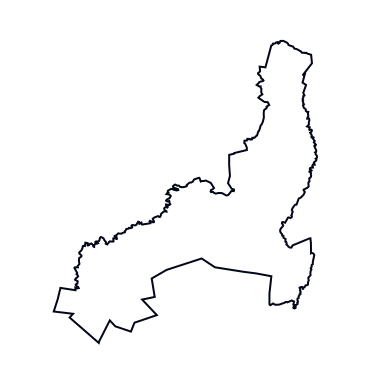 the district of El Tule, Chihuahua, Mexico, rotated 95°
{"feature_id": "50627088B96078514401884", "entity_name": "El Tule", "entity_type": "district", "adm_level": 2, "iso_a3": "MEX", "parent_name": "Mexico", "parent_adm1": "Chihuahua", "projection": "orthographic", "projection_center": [-106.33, 27.016], "detail": "fine", "context": "isolated", "style": "outline", "palette": "ink", "viewbox_px": 384, "rotation_deg": 95, "n_neighbors": 0, "source": "geoboundaries", "source_scale": "gbopen_adm2", "svg_char_len": 5900}
<svg xmlns="http://www.w3.org/2000/svg" viewBox="0 0 384 384"><g transform="rotate(95 192 192)"><path d="M323.1,319.3L323.7,299.9L327.7,303.0L350.5,271.7L348.7,271.4L327.1,262.7L332.5,256.7L336.4,240.7L327.2,237.9L317.7,216.3L303.5,232.3L299.8,220.0L281.7,224.6L271.8,210.5L257.4,176.6L265.0,162.6L267.0,133.8L267.5,121.2L269.0,105.6L286.3,106.0L296.8,105.1L297.6,104.7L297.9,104.0L296.0,101.5L297.1,99.4L296.6,95.3L294.1,89.8L293.4,89.2L293.3,88.2L293.6,87.3L291.4,83.2L292.2,80.8L295.5,81.2L296.0,80.7L295.7,79.7L296.3,79.5L298.1,81.0L298.8,80.7L299.1,79.7L298.3,78.7L296.9,78.9L295.5,78.4L294.2,77.0L293.2,77.5L292.1,76.8L290.4,77.6L289.1,77.6L288.3,76.5L286.6,76.7L285.4,75.9L284.5,75.9L284.0,75.0L283.1,75.4L282.2,75.0L280.8,75.8L280.2,75.5L278.0,76.5L277.5,76.0L277.0,74.2L278.8,73.2L278.7,72.8L277.3,72.6L277.0,71.6L275.1,70.7L274.7,68.9L274.1,68.4L272.0,68.6L269.9,68.0L267.4,68.7L264.4,66.6L263.0,67.0L260.2,66.9L258.7,66.3L257.7,67.1L256.4,66.3L254.5,66.5L253.3,65.3L251.6,65.6L244.2,64.7L243.4,65.1L242.4,66.4L242.2,67.6L242.6,68.1L232.4,69.1L227.8,70.0L228.1,71.1L236.4,87.1L238.7,88.1L238.8,89.8L237.9,91.4L236.9,92.1L236.0,93.4L235.1,93.2L233.5,93.8L233.3,94.7L230.7,94.7L229.6,96.9L227.8,97.1L227.6,98.3L226.2,98.6L224.7,100.2L222.8,100.9L221.0,100.5L217.8,98.3L217.2,98.3L215.3,99.7L214.3,99.6L214.0,98.4L214.5,96.6L209.1,94.1L208.9,93.0L209.4,91.7L208.3,90.4L207.4,90.4L206.6,91.0L206.3,90.7L204.1,90.4L203.0,89.9L201.3,91.0L199.5,90.5L196.2,88.6L195.6,87.9L195.5,86.8L189.2,85.1L188.1,83.1L185.0,80.6L182.1,79.6L180.5,81.0L179.9,81.0L177.7,77.4L176.4,76.3L172.4,76.9L171.2,75.9L168.3,76.4L166.7,74.9L165.6,74.7L163.9,75.2L162.9,75.0L162.2,75.5L161.8,76.7L161.3,76.8L160.8,75.3L160.2,74.7L159.8,75.0L159.3,76.4L158.5,76.7L157.7,76.3L157.1,73.6L156.3,73.8L155.8,74.4L155.1,74.4L154.1,73.8L154.1,72.2L153.2,72.6L153.1,73.2L152.6,73.2L151.2,72.7L150.8,71.8L149.5,70.9L148.7,70.9L148.1,71.7L147.2,70.7L146.2,70.5L144.8,70.9L143.7,72.1L142.3,72.3L141.8,72.8L141.3,71.9L140.0,71.8L135.4,74.2L134.8,73.8L134.8,72.9L134.1,72.7L131.8,75.0L130.5,74.2L128.4,76.1L127.1,75.6L126.8,76.2L127.2,77.6L126.5,77.9L125.0,77.6L122.6,79.5L121.6,78.2L120.1,77.9L119.5,78.7L120.0,80.4L119.3,80.7L117.2,80.4L116.7,83.1L114.6,81.4L112.5,81.7L110.1,81.3L108.6,81.9L108.9,83.6L107.7,83.5L106.1,82.7L103.9,83.4L102.1,83.2L102.3,84.2L101.2,85.7L99.7,85.9L98.3,88.0L96.2,88.9L94.9,88.1L94.5,88.9L93.7,88.8L91.7,89.7L91.1,89.2L89.7,90.0L88.3,89.3L86.9,89.6L86.1,88.4L83.6,89.8L75.4,87.7L73.4,91.4L65.0,89.9L66.2,92.0L53.3,83.7L44.9,85.3L44.2,88.6L43.4,90.3L43.8,91.2L43.5,91.7L43.7,94.6L42.4,95.9L40.6,99.9L40.2,102.5L38.4,103.9L37.2,108.6L35.9,109.3L34.8,110.7L33.5,114.2L33.8,117.1L35.5,117.6L36.7,118.9L36.5,119.4L35.2,119.5L35.5,121.0L36.9,122.3L37.1,124.3L38.6,124.7L39.2,125.8L61.4,129.7L61.2,135.5L66.0,134.7L67.9,136.6L68.6,136.5L70.5,134.0L72.8,132.9L73.7,131.3L74.7,130.5L75.2,130.9L76.6,134.6L77.6,135.0L79.7,136.9L80.8,134.6L80.9,132.9L81.5,133.1L83.0,131.9L86.7,131.7L88.6,130.4L90.6,132.9L92.3,134.1L96.0,127.6L95.9,124.4L98.6,122.7L100.5,125.2L101.3,124.8L102.2,125.2L103.0,126.3L104.2,127.3L106.4,127.5L111.8,126.9L116.0,127.6L118.8,128.6L119.7,129.4L123.2,130.0L125.5,130.7L126.1,131.3L130.0,132.1L130.2,132.6L132.4,134.3L132.4,135.2L133.1,136.0L132.9,136.6L134.1,136.7L134.1,137.2L134.5,137.4L134.7,138.4L134.3,138.5L134.1,139.7L134.8,141.0L134.2,141.0L134.2,141.5L136.0,141.9L136.3,144.2L138.7,144.2L139.3,143.2L142.9,141.3L145.4,141.0L149.5,153.3L150.1,153.3L151.8,158.2L161.4,157.4L172.7,155.6L180.0,156.9L185.3,152.8L185.9,150.4L186.5,150.3L187.2,151.1L187.5,150.9L187.6,152.8L191.8,155.6L192.5,157.4L190.5,162.0L190.6,165.1L191.5,168.2L191.0,169.9L190.1,171.1L190.5,173.0L190.0,173.5L188.2,173.1L187.7,171.9L186.1,170.4L181.3,174.1L179.4,179.2L180.2,181.8L180.1,183.0L180.8,184.2L177.5,185.7L177.2,186.3L179.4,191.1L181.6,192.1L182.6,193.6L182.9,195.3L185.5,197.9L186.3,197.6L186.8,198.0L187.5,199.6L188.1,202.1L187.9,204.4L186.8,205.6L186.9,207.4L186.1,209.2L186.2,209.8L187.9,211.5L188.6,211.4L189.3,210.4L190.4,206.2L191.3,205.9L191.8,207.6L191.3,210.7L190.7,211.9L190.8,213.2L192.8,216.1L193.8,216.2L194.5,215.5L195.1,216.5L196.3,217.2L196.5,214.4L197.8,212.8L199.8,213.6L201.6,216.2L202.7,217.1L203.3,216.7L203.6,215.3L202.9,213.9L205.5,213.2L206.1,212.6L207.0,213.5L206.7,216.8L207.4,216.7L208.1,215.0L209.4,214.9L209.7,215.3L208.9,216.0L210.1,218.0L210.9,218.3L212.3,217.7L213.1,216.9L213.3,215.8L213.8,215.7L213.5,217.8L215.6,220.1L216.7,221.0L218.3,221.0L219.7,221.8L219.6,222.8L219.0,223.4L219.1,224.1L220.7,227.3L221.6,228.3L222.1,228.8L224.9,227.2L225.5,227.5L225.6,228.0L224.4,231.4L224.9,231.7L226.0,230.6L226.7,230.6L228.8,238.9L228.6,239.3L227.0,239.7L228.2,241.6L226.5,241.9L226.3,243.0L229.6,244.7L230.2,245.8L230.1,248.4L230.4,249.1L231.2,249.4L232.3,248.5L232.8,248.7L233.5,250.5L233.2,251.6L234.0,252.1L234.7,254.3L236.1,254.7L237.0,255.6L238.0,255.4L238.9,257.8L239.7,258.6L239.7,261.9L241.7,263.7L242.6,265.3L243.4,265.2L242.9,263.5L245.2,262.7L245.4,263.0L244.8,265.1L245.2,266.4L248.0,265.9L248.3,266.2L248.4,269.8L251.6,271.9L251.1,273.4L249.3,273.4L247.7,275.1L246.5,275.6L245.3,277.1L244.8,278.8L245.5,279.6L248.8,280.2L249.8,282.0L249.5,282.9L250.0,283.9L250.8,283.8L250.9,281.6L251.2,281.2L251.9,282.4L252.1,284.0L253.4,284.7L255.2,284.7L255.0,285.4L253.0,286.5L252.1,287.7L252.4,288.8L253.8,289.9L254.4,291.0L253.8,291.6L252.5,291.1L252.0,291.4L251.8,293.8L255.2,294.0L255.1,295.6L255.5,296.1L257.4,296.2L259.8,297.1L262.1,299.1L263.2,298.8L264.7,296.7L265.3,296.5L266.0,296.7L267.7,298.7L270.2,298.7L273.5,297.9L275.9,299.5L277.0,299.1L277.2,302.0L277.9,302.5L282.7,299.3L284.0,299.8L284.3,299.1L285.9,298.1L286.7,298.6L288.2,300.2L289.6,300.9L290.9,298.1L293.3,298.2L293.7,299.2L294.5,299.8L295.7,298.9L296.5,297.2L297.6,296.5L298.2,298.4L297.5,299.9L300.0,299.6L299.0,314.7L310.3,316.4L323.1,319.3Z" fill="none" stroke="#020617" stroke-width="2"/></g></svg>